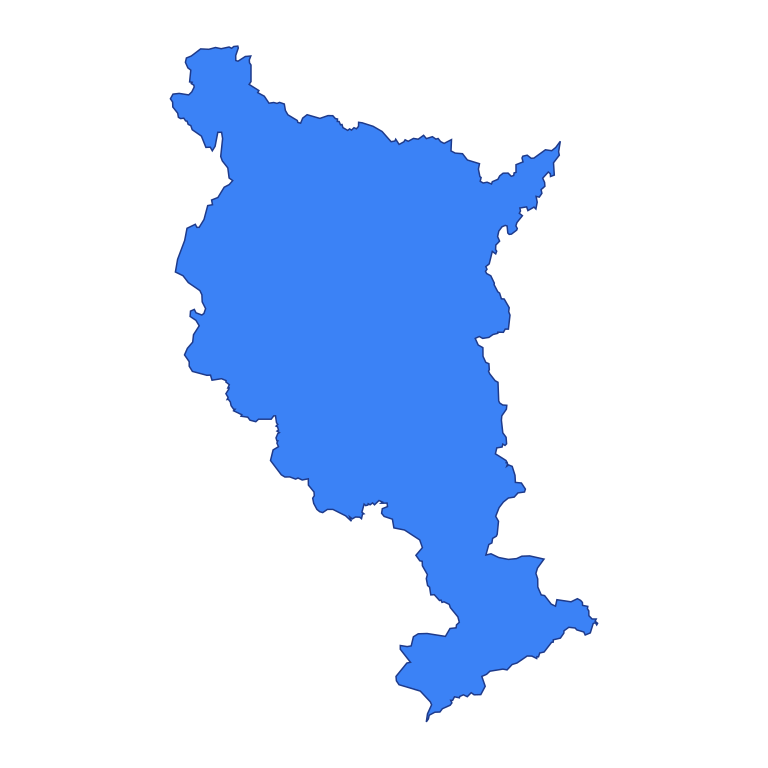 San Martín de Bolaños, Jalisco, Mexico
{"feature_id": "50627088B70833625521917", "entity_name": "San Martín de Bolaños", "entity_type": "district", "adm_level": 2, "iso_a3": "MEX", "parent_name": "Mexico", "parent_adm1": "Jalisco", "projection": "natural_earth1", "projection_center": [-103.757, 21.572], "detail": "fine", "context": "isolated", "style": "filled", "palette": "blue", "viewbox_px": 768, "rotation_deg": 0, "n_neighbors": 0, "source": "geoboundaries", "source_scale": "gbopen_adm2", "svg_char_len": 6094}
<svg xmlns="http://www.w3.org/2000/svg" viewBox="0 0 768 768"><path d="M185.4,62.3L187.9,67.9L190.8,70.1L189.6,81.9L192.1,82.3L191.3,83.6L193.8,85.1L194.2,87.0L191.8,91.9L188.7,94.9L179.2,93.4L173.0,94.1L170.4,98.8L172.6,102.0L172.8,107.0L177.7,113.2L178.4,117.3L180.6,118.6L183.8,118.2L185.6,120.9L187.1,121.2L188.2,124.4L190.8,125.6L192.2,129.7L201.4,136.1L205.9,147.4L210.3,147.2L212.3,150.8L215.1,146.3L217.8,132.3L221.6,132.3L222.6,138.6L220.7,156.5L222.3,160.9L227.8,167.9L229.1,178.0L232.7,180.6L229.2,184.6L224.2,187.2L217.9,197.5L211.6,200.0L212.5,204.7L207.7,205.6L204.0,219.5L199.2,227.3L196.9,227.4L195.3,224.3L187.0,228.3L184.7,240.4L177.6,259.3L175.4,272.0L183.0,275.7L188.3,282.6L199.9,290.6L201.9,294.8L202.2,301.9L205.6,308.6L203.9,313.5L201.8,315.0L196.0,312.8L194.3,309.4L190.5,311.1L190.1,316.5L195.9,320.3L199.2,325.8L193.5,334.7L192.7,342.1L187.4,348.3L184.5,354.9L189.2,361.7L189.2,366.2L192.4,371.4L206.9,375.3L210.5,375.1L212.0,380.2L221.5,378.7L226.1,380.6L225.9,382.0L229.3,384.7L227.8,388.0L229.0,387.9L228.8,389.1L225.9,393.7L228.1,397.4L227.1,399.5L228.3,399.3L230.3,401.9L231.1,405.7L233.6,409.2L235.0,409.3L233.6,410.8L241.8,414.7L241.0,416.2L247.8,417.2L250.0,420.2L255.8,421.7L258.5,419.2L271.2,419.2L273.7,415.9L275.5,415.8L276.5,422.7L277.8,424.5L276.1,426.1L277.6,426.9L278.5,430.1L277.0,431.1L279.4,432.6L277.8,433.6L276.0,437.9L276.9,440.8L277.8,440.8L276.9,443.1L278.5,446.7L273.1,449.9L270.5,460.5L281.3,474.8L284.9,477.0L289.8,476.9L295.6,479.1L298.0,478.0L302.2,480.0L308.3,478.8L308.4,485.1L314.0,492.0L314.3,495.7L312.7,498.2L313.7,503.4L316.9,509.4L319.7,511.7L322.7,512.6L327.4,509.4L332.9,509.4L345.6,515.8L351.4,521.2L349.8,516.9L352.3,518.9L355.5,517.0L359.7,517.2L361.5,518.7L362.5,514.2L363.9,513.8L361.9,512.2L364.1,504.1L365.7,505.6L367.9,505.0L368.2,503.7L370.1,504.8L372.6,502.9L374.5,504.8L379.0,500.5L382.5,502.1L381.1,503.2L387.1,503.1L387.5,506.6L382.3,508.7L381.6,513.3L384.1,516.4L392.4,519.2L393.9,527.9L404.5,530.0L419.7,539.9L422.4,547.6L415.9,555.3L419.8,560.8L422.2,561.3L422.4,565.8L427.4,574.6L426.3,578.6L427.6,585.5L429.6,587.2L430.8,594.9L434.3,594.7L439.5,600.5L441.0,600.1L442.0,602.4L444.0,601.8L449.3,604.4L450.3,607.6L457.9,616.9L459.3,622.3L456.5,624.9L456.1,627.8L450.0,628.5L445.4,636.4L427.1,633.5L418.2,633.8L413.4,636.8L411.2,645.9L407.2,646.6L400.3,645.5L400.3,649.3L410.5,662.3L406.9,663.0L396.0,676.4L396.4,680.8L399.0,684.7L420.3,691.1L430.3,701.8L431.6,704.8L427.5,713.8L426.3,721.9L428.4,718.9L429.2,715.2L434.9,712.2L439.9,712.0L442.4,708.7L450.2,705.2L451.9,702.9L450.7,700.3L452.6,700.4L454.5,696.8L459.4,697.8L459.7,696.5L463.4,694.8L467.3,696.7L471.2,692.7L474.1,694.8L480.8,694.6L485.2,686.3L481.8,676.4L486.6,674.3L489.9,671.2L502.9,669.1L507.1,669.9L512.1,664.5L517.0,663.0L527.2,656.0L531.9,656.1L536.7,658.5L537.0,656.6L538.5,656.8L539.7,653.0L544.1,652.0L551.6,642.3L553.2,642.1L553.3,639.8L560.4,638.1L563.8,633.2L564.0,630.8L568.8,627.3L575.1,628.0L576.8,629.9L583.8,632.0L585.2,635.0L590.3,632.9L593.2,623.5L595.4,622.7L596.7,624.9L597.6,623.3L595.1,621.2L596.2,619.0L592.1,619.0L588.9,615.7L588.8,610.9L587.4,608.8L587.8,606.4L582.6,605.4L582.4,602.4L580.6,600.4L577.4,598.7L571.0,601.8L556.9,599.7L555.5,606.2L551.2,604.1L544.6,595.6L541.2,594.9L537.8,587.0L537.7,578.9L535.9,573.4L537.5,568.0L544.0,559.1L529.7,555.9L521.8,556.2L516.6,558.6L508.4,559.4L498.7,557.5L491.0,553.8L485.9,555.0L488.8,544.5L491.9,542.9L492.6,538.4L496.3,536.2L497.2,534.3L498.5,521.3L495.7,516.3L499.1,507.6L503.4,502.0L508.4,498.0L514.2,497.1L518.0,492.9L524.5,492.0L525.4,489.1L521.4,483.0L515.4,482.4L515.0,475.3L512.2,466.4L508.6,464.9L506.8,466.2L507.6,464.1L507.2,462.6L505.5,462.9L507.0,462.4L506.0,460.5L495.4,453.8L496.8,447.9L502.1,447.0L502.8,444.1L505.0,445.4L506.6,443.8L506.1,437.3L502.8,432.8L501.4,420.2L501.8,415.8L506.4,409.2L506.8,405.3L502.7,405.0L499.7,403.0L498.7,400.9L498.0,382.3L495.1,380.7L489.7,373.8L488.5,371.1L489.3,369.8L488.9,363.7L485.8,362.4L483.0,356.3L482.9,347.7L478.2,345.0L475.2,338.4L479.3,336.5L482.7,338.4L488.9,337.4L493.0,334.5L497.8,333.3L497.8,332.2L503.4,332.3L505.2,329.1L508.4,329.1L510.0,315.1L508.7,311.7L509.2,307.7L504.2,299.0L501.4,298.8L499.6,293.1L497.8,291.8L494.1,284.7L494.3,283.1L490.8,275.8L486.6,273.5L485.5,271.3L487.0,269.3L485.8,266.6L489.2,263.9L492.3,251.4L495.7,253.9L496.7,251.2L495.6,249.5L495.8,245.1L499.6,241.1L497.6,236.6L498.8,231.1L502.0,226.8L505.2,225.4L507.1,226.0L507.8,233.0L509.2,234.4L511.5,234.1L516.7,230.1L517.3,228.5L515.9,225.9L516.9,222.6L522.4,215.7L519.3,213.3L520.5,211.0L519.8,208.0L526.6,206.9L527.9,210.6L534.0,207.1L535.9,209.0L537.2,202.2L536.1,196.4L539.3,197.1L541.9,193.3L541.1,189.6L544.9,186.3L544.6,182.4L542.7,178.2L548.3,172.0L550.3,173.7L550.5,176.5L554.3,175.1L553.5,162.8L559.3,155.2L558.6,151.8L560.3,141.3L555.7,147.5L551.7,150.7L545.4,149.8L533.9,158.1L531.2,158.3L527.2,155.2L522.8,156.2L522.0,158.0L523.0,161.9L516.0,164.7L516.0,172.4L514.1,172.9L513.7,175.5L511.3,176.3L508.1,173.1L503.1,173.2L499.7,175.9L497.9,179.3L492.3,181.7L491.5,184.0L487.1,182.2L483.2,183.0L480.2,181.3L481.1,177.5L479.9,176.6L478.4,169.1L479.5,163.7L467.4,160.0L462.5,153.7L455.2,153.1L451.0,150.9L451.5,139.6L444.1,143.4L440.6,141.6L438.1,138.5L435.9,139.1L432.4,136.7L426.4,138.6L423.6,135.3L418.2,139.2L413.5,138.4L408.2,141.3L405.1,139.8L403.9,141.8L399.1,144.4L395.7,139.2L394.9,141.0L391.1,141.7L382.1,131.5L373.1,126.3L362.2,122.8L358.6,122.3L358.5,126.4L356.4,128.8L354.0,127.7L351.5,130.1L349.6,128.9L347.7,130.4L342.9,127.6L342.0,124.5L340.5,124.8L339.1,121.5L337.3,121.4L337.5,119.0L335.4,118.6L332.8,115.7L328.0,115.6L319.9,118.4L307.1,114.7L302.7,118.1L300.6,123.2L297.8,122.4L297.3,120.5L287.9,114.8L285.4,110.5L284.3,104.0L279.6,102.4L277.0,103.4L273.7,102.5L269.0,103.2L264.3,96.2L257.7,92.6L258.9,90.6L249.1,84.4L251.0,81.6L251.0,65.0L249.5,62.8L249.3,59.9L250.8,56.0L245.3,56.5L238.0,61.2L235.8,60.5L235.7,55.6L238.3,48.0L237.8,46.1L233.8,46.5L231.6,48.3L229.1,47.0L221.2,48.7L215.5,47.5L208.8,49.3L200.6,48.9L191.3,56.0L186.4,58.0L185.4,62.3Z" fill="#3b82f6" stroke="#1e3a8a" stroke-width="1.5"/></svg>